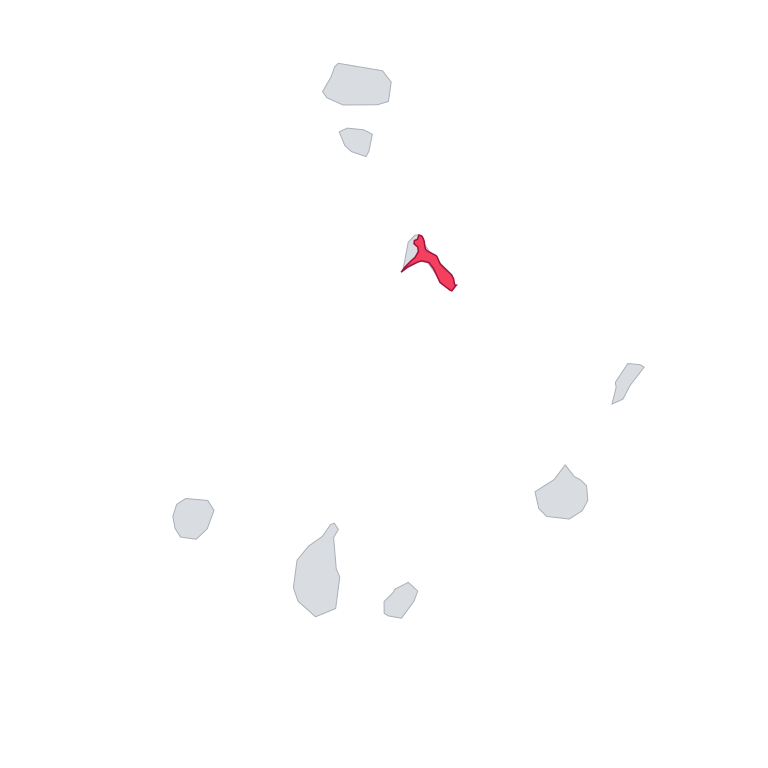 Ribeira Brava on a map of Cabo Verde (Natural Earth projection), rotated 38°
{"feature_id": "CPV-5057", "entity_name": "Ribeira Brava", "entity_type": "state/province", "adm_level": 1, "iso_a3": "CPV", "parent_name": "Cabo Verde", "parent_adm1": "", "projection": "natural_earth1", "projection_center": [-24.247, 16.582], "detail": "fine", "context": "in_parent", "style": "filled", "palette": "rose", "viewbox_px": 768, "rotation_deg": 38, "n_neighbors": 0, "source": "natural_earth", "source_scale": "10m", "svg_char_len": 1703}
<svg xmlns="http://www.w3.org/2000/svg" viewBox="0 0 768 768"><g transform="rotate(38 384 384)"><path d="M484.1,590.6L473.4,609.6L450.0,608.1L438.0,600.3L423.9,576.3L424.4,557.9L429.3,541.9L428.4,527.9L430.4,524.3L437.6,526.7L438.8,536.0L460.1,559.0L468.0,563.4L484.1,590.6ZM180.0,189.3L162.9,193.6L155.6,191.5L153.3,175.0L149.8,164.2L150.6,159.4L190.0,138.1L203.8,141.7L213.5,158.6L206.9,168.0L180.0,189.3ZM576.6,336.2L591.3,339.9L596.8,338.6L606.2,339.4L616.3,350.3L618.2,361.8L613.2,376.3L593.8,388.2L582.6,386.8L569.3,375.9L576.9,354.6L576.6,336.2ZM331.6,622.0L317.8,629.9L308.2,626.4L299.1,618.3L294.7,606.5L298.3,596.3L316.8,584.3L327.8,588.2L333.8,606.8L331.6,622.0ZM370.4,256.4L377.7,262.5L380.1,266.9L369.3,269.1L343.1,261.2L336.1,266.0L329.1,283.2L315.8,257.3L316.7,247.7L319.6,245.0L338.2,251.8L370.4,256.4ZM530.3,564.0L525.4,564.7L518.0,555.4L519.6,542.5L518.8,539.1L525.3,525.3L538.1,526.5L541.3,536.7L542.0,557.8L530.3,564.0ZM229.7,215.9L215.3,220.9L206.3,220.2L193.5,212.9L197.5,205.0L211.5,196.2L221.1,194.4L228.9,210.0L229.7,215.9ZM581.6,248.8L576.0,259.4L569.1,243.9L565.3,240.2L563.5,217.8L573.7,211.2L578.6,210.6L578.8,233.7L581.6,248.8Z" fill="#d9dde1" stroke="#a8b0b8" stroke-width="1"/><path d="M319.8,245.1L322.2,244.2L323.5,244.4L325.9,245.5L328.0,247.0L332.2,251.1L334.3,252.4L336.2,252.5L346.0,250.8L347.7,251.2L354.1,254.7L355.5,255.0L370.0,256.4L374.0,258.2L377.4,261.3L379.3,262.5L380.1,261.7L380.1,268.8L378.1,269.4L365.7,269.5L352.1,262.6L344.8,260.6L337.9,263.7L335.5,267.1L330.4,277.5L328.7,285.4L328.5,279.2L329.5,270.4L330.5,264.9L329.5,258.4L326.3,255.3L321.3,255.0L319.6,252.2L321.3,249.5L319.8,245.1Z" fill="#f43f5e" stroke="#9f1239" stroke-width="1.5"/></g></svg>